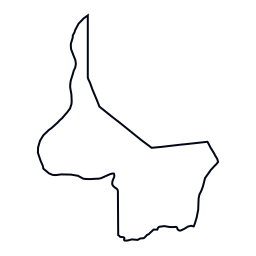 the district of Aguacatán, Huehuetenango, Guatemala
{"feature_id": "79465075B67295913435518", "entity_name": "Aguacatán", "entity_type": "district", "adm_level": 2, "iso_a3": "GTM", "parent_name": "Guatemala", "parent_adm1": "Huehuetenango", "projection": "orthographic", "projection_center": [-91.279, 15.403], "detail": "fine", "context": "isolated", "style": "outline", "palette": "ink", "viewbox_px": 256, "rotation_deg": 0, "n_neighbors": 0, "source": "geoboundaries", "source_scale": "gbopen_adm2", "svg_char_len": 1924}
<svg xmlns="http://www.w3.org/2000/svg" viewBox="0 0 256 256"><path d="M207.4,141.8L184.5,144.3L182.1,144.5L164.7,146.5L162.4,146.8L159.1,147.1L151.6,147.8L140.7,139.6L121.0,123.7L110.2,115.3L99.4,106.6L97.0,100.4L96.2,98.5L92.8,90.4L92.3,89.2L90.4,83.8L89.6,81.9L89.0,80.6L88.3,79.2L87.8,77.5L87.8,15.4L83.6,18.5L78.6,23.6L75.9,28.7L75.0,30.4L74.6,32.1L72.8,35.5L72.7,37.7L70.9,43.6L70.8,45.9L71.1,49.2L72.1,51.8L73.1,54.5L74.4,57.7L75.3,59.9L75.9,63.9L75.5,66.0L75.3,67.2L74.7,68.7L73.8,70.5L72.8,74.0L70.7,80.8L70.2,84.9L70.2,87.6L71.4,94.4L71.7,101.3L71.5,103.9L70.1,108.3L67.2,112.3L64.9,114.9L62.2,118.1L59.7,120.3L57.7,122.5L51.6,128.0L48.6,130.2L46.4,132.4L43.4,135.2L40.0,140.8L38.1,147.3L37.9,152.7L40.5,160.5L42.7,165.6L43.2,167.6L43.3,168.6L48.9,173.3L52.6,174.9L55.9,175.1L61.2,174.4L71.1,174.6L78.0,175.8L83.1,178.6L85.5,179.0L91.0,179.1L94.7,178.8L98.1,178.7L99.6,178.5L101.0,178.2L109.7,174.3L111.3,173.8L112.3,173.6L112.9,173.5L113.8,173.6L114.1,174.0L114.2,174.6L114.3,175.6L114.2,176.9L113.4,178.7L112.4,181.4L112.2,184.1L112.8,185.5L114.2,187.0L117.1,189.1L117.5,189.7L117.7,190.3L117.9,191.5L118.2,235.1L119.4,236.0L119.8,236.5L120.3,236.9L122.8,237.1L123.4,237.2L124.0,237.6L124.3,237.8L124.4,238.3L124.1,239.3L124.1,240.0L124.5,240.4L124.9,240.6L125.3,240.6L127.7,240.5L131.8,239.4L137.7,239.9L140.1,238.5L143.5,238.2L144.3,237.8L147.1,234.9L148.9,234.1L149.8,233.1L151.0,232.0L153.6,229.6L157.3,229.6L158.0,227.8L159.2,226.8L164.3,226.1L169.5,227.0L172.9,227.1L175.6,226.9L176.3,227.0L176.8,227.4L177.2,227.9L177.7,229.5L179.2,230.5L180.3,230.6L182.3,229.8L184.5,228.7L188.1,226.5L191.0,225.8L193.7,226.4L194.9,223.4L196.7,217.4L198.2,209.6L198.6,198.7L199.1,195.9L199.5,194.4L200.2,193.0L201.1,191.3L202.8,186.8L205.1,178.0L210.8,170.0L214.2,166.3L216.4,164.1L218.1,161.9L217.2,158.8L215.1,155.4L213.8,152.9L210.4,147.4L208.5,143.6L207.4,141.8Z" fill="none" stroke="#020617" stroke-width="2"/></svg>